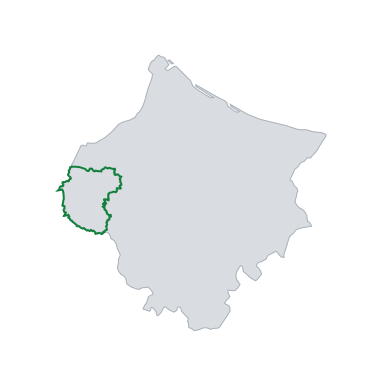 Bounkani, Zanzan, Ivory Coast (highlighted), rotated 215°
{"feature_id": "98640826B90856530326373", "entity_name": "Bounkani", "entity_type": "district", "adm_level": 2, "iso_a3": "CIV", "parent_name": "Ivory Coast", "parent_adm1": "Zanzan", "projection": "mercator", "projection_center": [-3.483, 9.078], "detail": "fine", "context": "in_parent", "style": "outline", "palette": "green", "viewbox_px": 384, "rotation_deg": 215, "n_neighbors": 0, "source": "geoboundaries", "source_scale": "gbopen_adm2", "svg_char_len": 9354}
<svg xmlns="http://www.w3.org/2000/svg" viewBox="0 0 384 384"><g transform="rotate(215 192 192)"><path d="M98.1,90.0L99.2,90.0L102.2,89.1L104.9,87.1L107.4,83.0L110.8,79.7L114.6,79.9L115.7,79.3L117.1,79.2L118.7,81.4L120.3,83.0L121.4,83.1L122.3,86.3L129.3,87.6L132.2,88.4L134.8,90.7L135.6,90.8L136.7,90.3L137.5,89.5L137.7,88.6L136.6,86.5L137.1,84.7L138.2,83.0L140.0,82.9L142.7,82.4L145.8,82.4L148.1,82.7L149.0,81.0L148.2,76.3L148.4,73.8L148.8,71.6L149.6,70.7L153.1,73.4L156.2,74.4L158.5,74.5L159.1,74.0L158.2,71.0L158.4,70.1L159.3,69.6L160.7,69.3L164.8,68.0L165.2,68.3L165.9,73.0L165.6,74.5L166.4,77.8L167.5,80.7L167.4,81.9L166.5,83.8L165.5,85.5L165.6,86.2L167.2,87.3L170.3,88.5L173.5,88.8L175.3,87.0L177.1,85.6L178.4,84.4L178.8,82.5L180.9,81.2L186.6,79.4L191.9,79.2L193.2,79.7L195.6,82.3L198.6,84.1L203.3,83.9L206.6,84.9L209.5,86.9L211.5,91.4L213.6,94.6L214.5,99.1L217.9,101.5L220.5,102.6L224.1,105.9L227.8,107.6L231.6,107.2L233.4,109.0L236.3,110.2L239.1,110.3L241.6,106.5L244.9,104.9L253.3,101.9L256.6,100.5L260.0,99.6L268.1,99.4L275.6,100.3L279.3,101.0L281.9,100.5L284.3,102.3L286.8,106.1L288.8,107.3L290.9,108.6L292.5,111.6L294.3,114.6L295.3,115.9L297.5,118.9L299.5,118.9L301.4,117.6L302.2,116.7L302.6,118.6L301.8,121.8L302.0,123.7L303.0,124.5L302.5,127.0L300.2,131.2L300.2,133.7L302.4,134.5L304.0,137.2L304.9,141.8L305.9,143.3L306.0,144.2L307.6,155.3L309.5,166.3L308.3,167.8L306.6,168.2L305.4,168.7L305.1,169.8L305.9,171.3L305.4,172.7L303.2,173.6L298.6,177.1L298.3,178.5L297.0,181.5L296.0,183.3L294.5,186.7L292.1,195.7L291.2,203.1L291.0,205.4L290.1,207.0L289.0,209.3L284.0,215.6L281.4,220.8L281.7,223.1L281.8,225.4L281.1,227.0L281.2,231.4L281.8,235.0L282.7,238.6L286.4,248.8L288.3,255.0L289.5,260.0L290.5,263.3L291.5,264.7L291.9,266.0L297.4,266.9L298.4,267.6L299.9,274.1L299.7,277.1L298.6,278.2L298.6,280.7L298.4,283.7L297.6,285.0L294.5,285.1L292.5,286.3L289.7,285.8L289.5,285.1L288.0,284.8L284.0,283.0L284.6,277.4L282.8,277.2L281.3,277.9L278.5,284.7L277.1,285.8L256.9,282.3L252.5,279.5L247.3,278.9L238.2,279.2L230.6,280.0L228.5,281.7L247.5,280.8L249.5,280.9L250.5,282.0L226.4,284.2L217.2,285.5L214.5,285.2L212.5,283.0L202.5,282.7L200.5,283.4L199.2,285.0L203.1,284.7L209.3,284.6L211.0,285.8L191.6,287.4L178.2,290.5L172.5,292.7L153.7,300.1L142.3,303.6L139.3,304.9L134.1,308.5L127.4,310.8L119.9,315.0L115.3,316.0L114.3,314.6L114.1,307.4L113.5,297.8L113.7,294.1L114.3,290.6L114.4,287.8L116.6,286.7L117.2,285.5L117.6,281.7L119.7,278.3L119.8,272.4L120.4,271.1L120.9,269.6L120.0,265.7L118.8,258.3L118.2,257.8L117.7,258.1L116.5,258.3L111.8,255.7L108.1,255.3L105.6,253.1L105.4,250.6L104.2,249.2L103.3,246.3L102.0,243.0L98.4,241.1L95.1,240.6L92.7,241.0L89.9,240.9L86.7,239.8L84.4,238.5L82.3,236.1L80.4,234.2L78.8,234.5L76.9,234.0L75.1,233.1L74.5,232.5L82.3,224.8L84.9,221.1L85.2,218.8L85.2,216.5L86.1,214.1L86.3,210.5L82.0,197.4L80.9,193.3L79.7,192.1L79.0,191.6L81.2,190.0L84.2,190.4L88.8,191.7L89.8,190.4L93.3,183.8L93.2,181.3L92.8,179.6L94.9,175.1L96.5,173.3L97.4,171.4L97.1,168.8L95.9,167.9L94.2,168.0L92.3,167.4L89.4,165.9L87.9,164.6L88.3,158.6L88.6,156.7L89.6,155.6L91.3,155.4L95.8,155.2L99.5,155.9L102.8,156.3L104.5,156.3L105.9,158.0L107.8,159.9L109.5,159.8L110.0,158.5L109.7,152.6L108.5,149.4L106.1,146.4L99.6,143.8L99.5,140.2L100.1,136.3L101.5,134.8L106.3,132.3L105.5,131.0L103.9,129.6L100.9,128.1L101.6,123.4L101.7,119.3L99.2,119.7L96.5,120.0L94.3,118.7L92.5,116.1L92.1,109.1L92.1,101.0L91.8,97.5L92.5,95.5L94.7,93.8L97.2,91.5L98.1,90.0ZM287.1,285.9L286.1,287.4L281.0,286.5L282.2,285.2L287.1,285.9Z" fill="#d9dde1" stroke="#a8b0b8" stroke-width="1"/><path d="M304.9,143.9L304.8,143.6L304.9,143.2L305.9,142.6L306.0,142.5L306.0,142.3L305.5,141.2L305.1,140.5L305.1,140.1L305.3,139.1L305.2,138.7L304.8,138.3L304.1,138.0L303.9,137.7L303.8,137.1L303.7,136.4L303.7,135.5L303.6,135.2L303.2,134.8L301.9,134.5L301.3,134.4L300.5,134.4L299.8,134.3L299.3,133.9L299.0,133.5L298.9,133.3L298.9,133.1L299.4,132.6L299.6,132.0L299.4,130.9L299.1,130.3L299.2,130.0L299.5,129.7L300.3,129.6L300.7,129.4L301.2,128.6L301.4,127.7L301.5,127.5L302.1,127.0L302.3,126.7L302.9,126.5L303.3,126.2L303.6,125.7L303.5,125.4L302.8,124.6L302.6,124.5L301.8,124.4L301.4,124.1L301.2,123.7L301.1,123.0L301.1,122.8L301.2,122.6L301.9,122.3L302.1,121.9L302.5,121.7L302.8,121.4L303.0,120.7L302.9,119.6L302.5,119.0L302.4,118.6L302.5,117.8L302.6,117.1L302.7,116.4L301.0,118.1L299.8,119.6L298.6,119.1L297.6,118.1L297.1,117.8L293.0,112.8L292.6,111.2L291.8,110.0L291.4,109.0L290.6,107.2L290.5,106.6L290.1,106.5L289.0,106.8L288.7,107.2L288.3,107.2L287.1,105.4L287.1,103.9L287.0,103.7L286.2,103.1L285.1,102.3L284.9,102.3L284.7,102.3L283.8,102.9L283.5,102.9L283.4,102.0L283.2,101.1L283.3,100.2L283.3,99.8L283.3,99.0L283.2,98.8L282.9,99.0L282.4,100.0L282.2,100.3L281.6,100.6L281.1,101.3L280.4,101.8L280.2,102.2L280.1,102.4L279.9,102.3L279.6,102.1L279.0,101.7L278.5,101.5L278.7,100.1L278.5,99.9L277.9,100.1L277.1,100.1L276.6,100.0L276.0,99.4L275.6,99.3L274.8,99.2L274.4,99.2L274.0,99.5L273.8,99.4L272.5,98.9L272.2,99.0L271.8,99.1L271.1,99.0L270.0,99.0L268.9,98.8L267.6,98.8L266.8,98.0L266.3,98.0L266.1,98.2L265.2,99.1L264.7,99.2L264.4,99.2L263.8,99.0L263.3,98.9L261.7,99.1L260.7,99.3L259.7,100.5L259.0,100.1L258.5,100.3L257.4,100.2L256.7,100.2L256.1,100.1L255.8,100.4L255.5,101.0L255.1,101.0L254.6,101.3L254.0,101.3L253.7,101.2L253.3,101.5L253.2,101.7L253.2,102.0L253.0,102.3L253.1,102.5L253.1,102.9L252.9,103.0L252.4,103.1L252.1,102.9L251.9,103.0L251.1,102.8L250.9,103.0L250.5,103.7L250.3,103.9L250.2,103.9L248.5,103.5L247.4,102.7L247.2,102.4L246.9,102.4L246.4,103.4L246.2,103.6L245.6,103.7L245.0,104.9L244.6,105.3L244.2,105.4L242.5,105.6L242.1,106.1L241.7,106.0L241.6,106.4L241.4,106.6L241.4,106.8L241.6,106.8L241.9,106.8L242.0,107.0L241.6,107.2L241.7,107.6L241.7,107.8L241.5,108.0L241.6,108.4L241.4,108.5L241.2,108.4L241.1,108.5L241.4,108.7L241.5,109.0L241.0,109.3L241.1,109.6L241.0,109.9L241.1,110.6L240.7,111.3L240.4,111.7L240.1,112.0L240.1,112.3L240.4,112.4L241.3,113.7L241.7,113.9L242.1,114.3L242.7,114.5L242.7,115.0L242.6,115.9L242.6,116.1L242.9,116.4L243.0,116.8L243.4,117.0L243.7,117.4L244.3,117.6L244.6,117.9L244.6,118.0L244.4,119.3L244.5,119.6L244.8,119.7L245.0,119.7L245.1,119.9L245.1,120.2L244.8,120.6L244.8,121.3L244.4,121.6L244.0,121.8L243.9,122.0L244.8,123.4L245.3,124.0L245.4,124.3L245.0,124.6L244.6,124.8L244.3,125.3L244.4,125.6L244.6,125.7L244.9,125.9L245.3,126.3L245.3,126.5L245.5,126.6L245.8,126.3L246.3,125.8L246.7,125.7L247.1,125.3L248.2,125.5L248.7,125.4L249.2,125.5L249.3,125.6L249.4,126.0L249.6,126.2L250.1,126.2L250.4,126.7L250.9,127.2L251.2,127.2L251.3,127.0L251.5,127.1L251.9,127.3L251.9,127.5L252.2,127.6L252.4,127.4L253.6,127.5L253.8,127.7L253.7,127.8L253.9,128.2L254.1,128.5L254.5,128.9L255.0,128.8L255.5,128.9L256.1,128.7L256.4,128.8L255.7,129.6L255.5,129.9L255.6,130.3L255.5,130.5L255.7,131.2L255.8,131.3L256.3,131.4L256.7,131.3L257.0,131.2L257.2,130.8L257.4,130.9L257.8,130.8L258.0,131.0L257.9,131.3L258.0,131.9L258.0,132.1L257.9,132.4L257.7,132.5L257.4,132.2L257.2,131.8L257.1,131.7L256.9,131.5L256.6,131.6L256.3,132.0L256.4,132.9L255.8,133.1L255.7,133.3L256.0,133.5L256.4,133.6L256.8,133.5L257.1,133.9L257.3,134.1L257.6,134.5L258.4,134.5L259.0,134.7L259.2,134.9L259.7,135.2L259.8,135.5L259.6,135.8L259.0,136.1L258.6,136.4L258.0,136.5L257.3,137.3L256.9,137.3L256.5,137.1L255.6,137.4L256.1,138.4L256.5,138.6L257.2,138.8L257.4,139.3L257.5,140.0L258.2,140.3L258.6,140.9L258.7,142.0L259.4,142.3L259.2,144.0L257.2,146.0L256.8,147.2L257.1,147.3L256.2,147.4L255.9,147.5L255.5,147.8L255.2,147.9L254.7,147.8L254.3,148.2L254.1,148.7L254.2,149.3L254.1,150.0L255.1,150.9L255.3,151.3L255.5,151.5L255.8,152.0L255.7,152.1L255.1,152.3L254.6,152.6L254.2,153.1L253.2,153.2L252.9,153.4L252.6,153.6L252.5,154.0L252.6,154.4L252.9,154.6L253.9,154.8L254.1,154.9L254.6,155.1L254.8,155.3L254.8,155.8L254.5,156.1L254.4,156.3L254.4,156.9L254.2,157.1L254.0,157.3L254.2,157.5L254.5,158.0L255.0,158.4L255.7,158.8L256.5,158.9L256.6,159.2L256.8,159.9L256.9,160.1L257.8,160.6L258.2,160.6L258.3,160.7L258.3,161.5L258.8,161.7L258.7,162.3L258.7,162.8L258.6,163.2L258.7,163.8L259.0,163.6L259.9,163.7L260.2,163.4L260.7,163.6L261.8,163.7L262.0,163.8L262.9,163.9L263.4,163.5L263.6,163.3L263.7,162.9L264.6,161.9L264.9,161.9L265.5,162.0L265.8,162.5L266.2,162.7L266.2,163.0L266.6,163.0L266.8,163.1L266.9,163.4L266.9,163.7L267.1,163.8L267.2,164.1L267.5,164.3L267.6,164.5L267.5,165.1L267.7,165.3L267.6,165.6L267.6,165.8L268.1,166.6L268.5,166.8L268.9,166.5L268.9,166.4L269.0,166.3L269.0,166.0L269.3,165.8L269.6,165.8L270.0,165.5L270.4,165.5L271.5,165.0L271.7,164.8L271.9,164.8L272.2,164.8L272.4,164.7L272.7,164.7L273.3,164.3L273.5,164.4L273.9,164.2L274.1,163.7L274.3,163.2L274.5,163.1L274.6,162.9L274.8,162.8L275.9,162.7L276.5,162.8L277.2,162.5L277.5,161.6L277.5,161.4L277.4,161.2L277.6,160.0L278.4,159.3L278.7,158.3L278.6,157.4L278.2,157.2L278.1,156.8L278.4,156.7L278.7,156.8L279.2,156.5L279.6,156.0L279.7,155.8L280.0,155.6L280.5,155.4L280.9,155.4L281.1,155.2L281.3,154.9L282.1,154.6L282.8,154.5L283.1,154.4L283.3,154.1L283.3,153.5L283.4,153.3L284.0,152.8L285.1,152.9L285.4,153.0L285.8,153.1L286.3,153.4L286.9,153.3L287.1,153.4L287.3,153.7L287.5,153.6L288.6,153.0L289.1,152.5L288.8,151.9L288.7,151.1L288.9,150.8L288.7,150.5L288.8,149.9L289.1,149.8L289.7,149.2L290.2,149.2L290.5,149.3L290.8,149.2L291.4,149.4L292.8,149.6L298.6,147.8L301.4,146.2L304.9,143.9Z" fill="none" stroke="#15803d" stroke-width="2"/></g></svg>